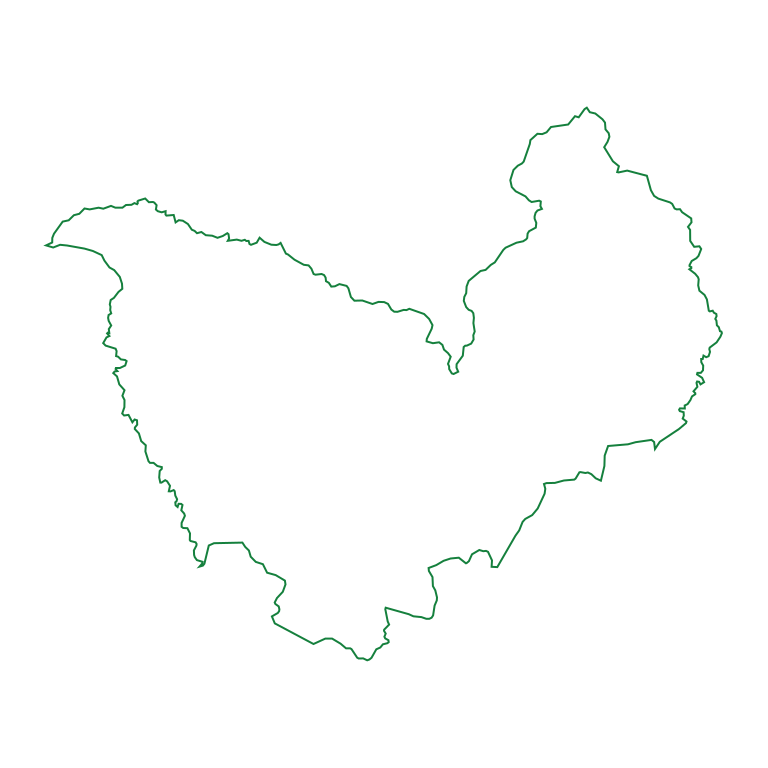 the district of Mocuba, Zambezia, Mozambique
{"feature_id": "85939544B358257057392", "entity_name": "Mocuba", "entity_type": "district", "adm_level": 2, "iso_a3": "MOZ", "parent_name": "Mozambique", "parent_adm1": "Zambezia", "projection": "orthographic", "projection_center": [36.843, -16.852], "detail": "fine", "context": "isolated", "style": "outline", "palette": "green", "viewbox_px": 768, "rotation_deg": 0, "n_neighbors": 0, "source": "geoboundaries", "source_scale": "gbopen_adm2", "svg_char_len": 6111}
<svg xmlns="http://www.w3.org/2000/svg" viewBox="0 0 768 768"><path d="M199.5,566.6L202.9,565.6L204.4,563.7L208.8,545.5L214.0,543.2L242.4,542.6L245.2,546.9L248.9,550.5L250.7,556.7L255.8,561.9L262.9,564.2L267.1,572.7L275.7,575.1L284.9,580.6L285.5,584.4L282.8,591.8L277.0,598.0L274.7,602.5L275.4,604.0L278.7,606.4L279.4,609.3L279.1,611.2L277.8,613.0L271.9,616.4L274.8,623.4L313.5,644.0L325.3,638.6L332.1,638.6L340.6,643.7L346.0,648.3L350.1,648.3L351.5,649.1L357.2,657.7L358.7,658.5L363.2,658.4L367.2,660.3L369.4,659.5L371.5,657.8L376.3,649.3L380.3,647.5L382.9,644.3L387.4,643.2L388.7,642.1L388.4,640.2L385.2,638.4L384.4,636.7L385.7,633.6L384.0,630.8L384.2,629.6L389.1,624.6L387.7,621.4L385.3,609.2L385.7,607.7L408.8,614.2L413.4,616.3L421.4,617.1L426.3,618.8L429.3,618.8L431.6,617.7L433.1,615.4L434.6,605.6L436.8,600.4L437.0,597.4L435.3,590.4L432.9,586.1L432.5,577.1L428.9,571.0L428.6,568.0L436.3,565.1L443.6,560.8L450.6,558.5L458.8,557.7L465.9,563.3L466.6,563.1L468.9,561.2L472.0,554.3L479.3,550.0L483.3,551.2L486.0,550.9L488.0,551.8L492.0,560.4L491.6,566.8L497.3,567.1L515.5,535.6L519.2,530.4L522.6,521.9L525.3,518.9L532.2,515.1L537.7,508.5L544.6,493.7L545.3,488.8L544.0,484.0L546.5,483.1L554.9,482.9L563.9,480.5L574.3,479.6L575.6,478.6L579.4,472.3L580.5,472.1L585.4,473.0L587.9,472.5L591.4,474.2L595.7,478.3L600.9,480.7L604.4,466.0L604.7,455.6L608.1,446.0L628.0,444.3L635.6,442.2L651.5,439.9L654.1,442.0L655.0,449.0L659.8,441.8L679.0,429.0L686.0,423.1L686.5,421.5L682.7,418.6L683.8,415.7L683.6,412.2L679.8,411.1L679.1,409.8L679.9,408.4L684.8,408.5L684.7,405.5L687.6,404.1L690.4,400.1L692.0,396.4L695.3,394.2L695.3,393.2L693.5,391.3L697.4,386.8L696.5,382.9L697.1,381.5L699.1,381.8L700.5,384.4L704.1,382.2L702.1,377.8L697.0,374.4L697.4,372.9L700.8,372.9L703.0,370.3L703.2,365.6L701.3,362.2L701.2,359.0L702.7,359.0L703.5,355.6L706.2,357.2L708.6,356.2L710.0,351.9L709.3,349.1L709.7,347.6L716.6,342.4L720.4,336.7L721.9,333.1L721.4,331.6L720.0,331.2L718.8,327.2L716.9,325.3L716.4,320.6L715.3,318.9L716.6,316.1L716.3,314.0L713.9,312.7L712.7,310.7L709.8,311.4L708.8,310.7L706.9,299.4L704.5,294.9L699.4,290.7L698.2,285.4L698.7,279.3L698.0,277.2L695.2,273.8L689.4,269.3L691.3,268.2L691.3,267.1L689.6,266.2L689.5,265.2L691.7,261.0L696.4,258.2L698.5,255.9L701.2,249.0L699.4,246.3L694.2,246.8L690.2,240.9L690.1,229.9L688.0,226.9L691.5,222.3L691.2,218.4L682.1,212.2L680.0,209.2L676.7,209.4L674.6,208.5L672.2,203.9L670.0,202.4L658.3,198.6L654.1,195.9L650.9,190.2L646.9,175.8L627.2,170.6L618.6,172.4L617.2,172.1L618.9,166.2L612.9,161.3L604.2,147.2L607.5,141.9L609.4,136.8L608.7,133.2L605.5,129.4L605.0,122.6L602.5,119.3L595.3,113.5L589.8,112.2L586.8,107.7L584.6,109.1L578.7,117.3L575.0,116.2L568.2,124.5L551.0,127.0L546.6,132.3L542.2,134.1L537.4,133.8L530.4,140.1L529.8,144.0L523.7,161.6L521.9,163.5L517.8,165.7L513.5,169.9L510.3,180.2L511.8,187.1L515.7,191.3L525.5,196.4L528.9,200.3L531.6,202.0L539.2,200.7L540.8,201.5L540.4,206.2L541.9,208.9L537.5,210.5L535.6,212.8L534.6,216.3L534.6,218.6L536.3,222.9L535.8,227.6L529.1,231.2L527.6,233.6L527.2,238.0L526.2,239.3L523.1,241.3L516.5,242.7L505.6,247.7L503.3,249.9L494.8,262.4L490.8,264.9L485.6,269.9L480.5,271.0L468.7,280.9L466.6,286.5L466.2,293.2L464.3,296.9L463.8,300.9L466.2,307.1L468.7,309.8L471.6,310.9L473.3,313.2L473.9,317.9L473.4,323.1L474.7,331.5L473.3,335.2L473.6,339.5L471.2,343.6L466.9,345.6L465.2,345.7L463.7,347.0L462.8,355.7L456.6,364.2L456.5,367.7L458.2,371.7L453.6,374.0L451.8,373.4L449.2,369.1L449.1,366.3L448.0,363.9L450.7,356.7L448.0,353.1L444.0,349.6L442.4,344.9L439.1,342.3L432.9,343.2L426.6,341.4L426.8,338.9L431.7,328.7L432.5,325.1L429.1,318.9L424.1,314.0L409.3,308.8L406.5,310.1L403.7,309.9L397.5,311.8L394.2,311.7L391.3,309.5L388.0,303.9L384.2,302.1L378.5,301.9L372.5,304.0L362.3,300.5L354.4,300.7L350.9,297.0L348.4,288.3L346.6,285.9L339.4,284.1L334.9,286.3L331.3,286.6L328.8,282.8L326.0,281.2L325.6,277.6L324.1,275.1L321.6,274.0L315.5,274.7L313.6,274.0L311.4,268.7L308.6,265.4L303.8,264.8L294.5,259.7L288.0,254.5L285.9,253.6L280.6,242.9L278.6,244.4L276.3,245.0L271.3,244.7L264.4,241.9L259.6,237.7L256.7,242.7L251.0,244.8L249.5,244.0L248.6,240.9L246.3,241.0L244.8,239.8L241.5,240.8L236.8,239.6L227.8,240.8L229.1,238.4L228.5,234.2L227.3,233.2L222.8,236.0L217.5,237.8L212.2,235.7L205.8,235.2L201.4,232.0L197.0,233.2L194.6,230.9L191.8,229.7L187.9,224.0L182.8,220.7L178.8,220.2L175.6,222.4L173.7,215.0L166.4,215.6L165.5,214.5L165.6,211.2L161.7,212.3L157.8,211.2L155.9,209.5L156.6,205.2L154.3,202.6L153.0,202.0L148.9,202.2L145.2,198.5L138.4,200.6L137.5,201.4L137.8,203.2L137.1,204.2L134.4,203.1L131.5,204.8L126.0,205.0L122.4,207.7L115.4,207.7L111.0,205.9L103.3,208.7L98.6,207.7L89.7,209.4L84.5,208.5L79.3,213.8L73.9,215.2L68.7,220.3L62.7,221.6L54.0,233.7L52.3,237.9L52.2,242.5L46.1,245.4L53.2,247.5L60.1,244.8L67.1,245.5L84.5,248.6L92.9,251.0L101.7,255.1L104.4,260.6L109.5,267.5L114.2,270.1L119.8,276.9L122.0,283.7L122.3,288.8L118.5,291.9L113.9,297.9L110.7,300.0L109.8,304.4L110.5,306.8L110.2,310.1L111.2,313.4L108.6,315.0L108.1,317.9L108.7,320.9L111.2,325.5L108.8,329.1L109.3,333.0L107.9,332.6L107.1,333.4L109.4,336.0L106.5,337.4L103.2,343.1L105.6,345.6L115.6,348.7L116.6,351.1L116.1,356.1L118.1,356.7L120.9,359.4L125.1,360.0L126.6,361.1L125.2,365.5L119.9,368.0L115.9,368.0L115.6,369.0L117.4,371.1L114.6,371.5L113.3,373.1L117.0,376.4L119.3,384.4L124.5,390.2L122.4,395.8L124.5,400.0L124.4,407.2L122.2,413.5L124.1,415.5L128.5,414.9L132.4,422.3L134.6,419.5L137.0,420.3L137.2,424.7L134.9,427.5L134.8,429.0L138.9,433.4L141.2,441.1L145.8,445.3L145.4,451.5L148.5,461.2L150.0,462.9L153.6,462.9L157.3,466.0L161.8,467.1L161.8,468.8L159.7,471.0L159.2,477.5L160.3,482.6L161.5,482.6L165.2,480.2L167.1,481.3L170.0,485.8L168.8,491.3L170.5,491.4L173.7,490.1L174.7,491.2L175.3,495.6L177.1,499.2L176.5,501.3L175.3,502.3L175.6,505.3L177.6,507.0L178.6,503.8L181.2,503.9L182.5,505.0L181.3,510.3L184.2,513.6L184.9,515.8L181.6,522.9L181.6,526.8L183.2,528.0L187.4,528.2L190.0,533.4L189.8,540.0L190.5,541.0L195.6,542.3L196.6,544.0L196.4,545.6L193.9,550.4L194.1,555.0L194.8,557.2L196.9,560.1L202.5,561.8L202.2,563.5L199.5,566.6Z" fill="none" stroke="#15803d" stroke-width="2"/></svg>